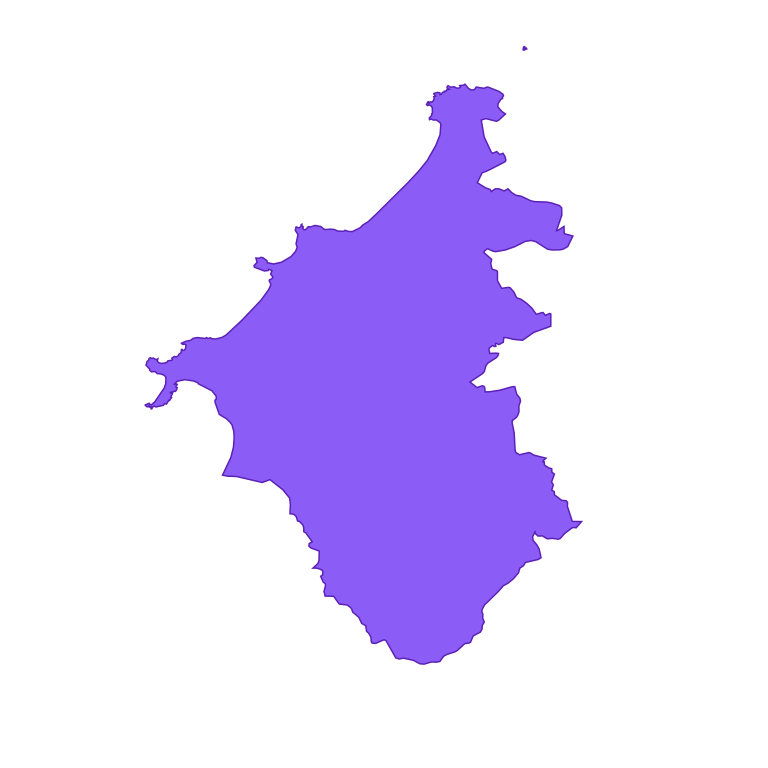 the district of Binh Son, Quảng Ngãi, Vietnam, rotated 253°
{"feature_id": "81297802B82760747397164", "entity_name": "Binh Son", "entity_type": "district", "adm_level": 2, "iso_a3": "VNM", "parent_name": "Vietnam", "parent_adm1": "Quảng Ngãi", "projection": "equal_earth", "projection_center": [108.804, 15.309], "detail": "fine", "context": "isolated", "style": "filled", "palette": "violet", "viewbox_px": 768, "rotation_deg": 253, "n_neighbors": 0, "source": "geoboundaries", "source_scale": "gbopen_adm2", "svg_char_len": 6172}
<svg xmlns="http://www.w3.org/2000/svg" viewBox="0 0 768 768"><g transform="rotate(253 384 384)"><path d="M606.7,579.1L610.4,576.2L616.0,573.9L618.8,575.1L622.1,579.0L622.3,580.8L623.5,581.0L624.6,582.5L626.3,582.5L630.0,579.7L637.3,570.6L637.8,569.5L637.6,566.0L641.0,559.0L639.2,556.8L639.3,554.5L639.9,553.1L642.2,551.1L647.0,549.1L646.5,547.4L647.3,543.6L645.6,544.0L645.1,542.9L645.3,541.3L646.0,539.6L647.8,538.0L648.3,534.6L650.5,532.5L650.2,531.6L648.7,530.8L646.8,532.6L646.9,530.1L646.0,529.1L646.3,527.2L645.6,527.1L645.7,525.1L644.3,523.6L644.5,522.2L646.0,522.6L647.2,520.4L647.3,516.8L646.8,516.4L644.3,517.6L644.2,515.5L642.4,515.5L640.4,513.9L639.5,512.0L640.4,510.7L639.3,509.5L639.8,508.5L640.9,508.9L640.9,508.3L638.7,506.3L637.4,507.3L638.0,508.0L636.8,510.0L634.3,511.0L628.6,509.4L628.4,508.5L626.8,508.1L625.2,505.1L623.5,504.8L623.6,506.5L621.9,508.5L621.3,511.1L617.8,513.9L615.7,514.3L606.0,510.5L596.8,503.1L584.9,490.5L577.2,479.0L569.5,465.7L548.9,426.6L543.8,416.2L542.4,410.6L540.4,406.9L539.0,398.2L540.3,394.6L542.4,391.6L541.8,390.0L543.7,384.7L546.3,381.5L547.6,378.6L549.1,372.3L553.1,369.6L555.8,364.4L555.7,359.7L556.6,357.6L554.5,354.0L554.8,352.9L556.5,351.6L557.9,352.8L559.5,351.8L560.8,352.2L560.5,351.3L559.1,350.8L558.3,349.1L558.3,348.0L559.9,345.9L557.0,344.1L552.0,345.4L543.8,340.9L540.0,340.9L536.8,338.3L533.0,332.3L530.4,321.5L531.1,313.4L534.2,307.8L536.2,308.1L540.3,305.0L541.1,303.3L540.7,301.7L541.9,298.3L537.4,298.2L535.3,294.4L533.6,294.2L527.1,302.6L526.4,306.3L527.3,307.4L525.2,310.0L522.1,307.7L518.9,309.0L517.4,307.6L517.2,305.0L516.1,304.3L513.7,304.9L511.5,304.5L507.9,301.2L500.1,290.9L486.7,267.1L476.9,247.1L475.9,242.3L476.3,236.1L477.7,232.4L478.9,231.7L479.0,228.9L480.3,227.9L479.9,226.3L483.0,219.0L483.5,215.0L482.3,211.7L482.8,206.8L482.2,202.2L480.8,202.9L480.4,205.1L479.4,206.0L476.3,204.9L474.7,202.9L474.9,201.5L476.2,201.0L476.2,200.4L473.3,199.0L472.5,196.8L471.0,195.2L470.7,193.0L471.7,191.5L470.7,188.6L469.4,188.8L468.7,188.1L469.3,184.1L468.2,182.5L468.2,180.1L468.9,176.7L470.3,174.8L472.1,173.9L474.2,175.1L473.8,173.4L476.3,170.8L476.4,169.2L477.4,168.3L477.1,166.8L475.6,165.8L474.8,164.0L471.6,161.9L467.0,164.1L465.2,164.1L463.6,165.3L462.8,168.8L460.2,170.2L459.1,173.2L456.9,176.1L454.8,177.3L452.3,176.9L448.1,175.3L444.4,172.6L433.8,159.4L432.3,155.7L432.6,154.3L434.3,153.7L433.7,149.5L432.0,150.2L431.2,151.5L431.8,152.9L430.5,152.9L430.4,154.6L428.4,154.0L428.1,154.6L429.8,156.3L430.0,158.0L428.7,159.2L428.1,166.9L429.4,168.5L428.4,170.1L431.4,173.5L430.9,174.1L433.2,176.9L433.9,176.3L436.9,179.0L438.0,177.1L438.5,177.4L438.1,180.5L438.5,181.3L437.9,182.3L438.9,183.8L441.1,185.2L441.5,184.3L442.6,184.3L444.1,186.2L445.0,185.2L444.7,183.9L445.2,183.4L447.1,187.1L446.3,194.9L442.6,202.8L439.5,206.5L438.6,206.4L427.9,217.4L421.6,219.9L418.7,219.3L417.9,217.6L415.9,217.1L403.1,217.6L396.8,223.2L392.6,225.5L389.3,226.7L382.4,226.5L376.2,224.9L367.5,221.5L358.7,216.2L344.0,202.9L341.5,207.7L338.7,215.9L325.4,238.8L325.9,247.0L312.2,256.5L302.4,260.4L296.3,259.3L287.4,256.1L286.3,258.9L284.9,260.3L282.7,261.3L278.2,261.3L277.3,263.0L272.9,265.2L269.8,265.2L266.2,264.1L264.3,265.8L254.0,269.2L253.3,265.8L250.9,264.8L248.7,266.0L243.2,273.2L234.1,270.2L231.6,268.2L228.7,262.3L227.9,265.0L226.1,268.2L224.0,270.4L222.1,270.6L219.5,269.6L218.6,267.2L212.3,268.0L210.2,269.5L208.2,269.1L203.3,266.0L198.4,265.7L195.7,273.8L186.6,276.9L183.5,284.1L180.3,286.5L178.5,287.3L174.9,287.4L168.3,291.7L161.5,292.7L158.2,295.9L152.7,295.0L149.9,296.6L145.7,297.5L141.4,296.5L139.6,297.0L138.4,300.1L139.4,309.4L137.9,310.9L118.7,315.2L116.6,318.1L116.1,322.5L111.1,331.4L105.9,336.6L104.4,340.5L104.3,348.2L102.7,352.8L102.3,356.3L106.3,361.5L107.0,365.4L107.1,373.5L107.8,376.4L112.1,385.3L111.4,389.9L111.8,391.3L117.0,395.6L118.6,403.7L121.1,406.2L124.3,407.3L127.0,410.3L131.1,409.9L135.0,411.3L137.6,411.0L139.8,412.0L143.3,415.5L152.4,433.1L156.2,439.1L157.3,444.5L159.9,450.8L164.1,457.4L168.2,460.1L169.4,464.2L172.0,467.1L171.1,480.3L172.0,483.4L180.8,484.1L185.4,483.2L190.9,480.8L194.7,481.6L198.4,485.2L196.1,485.3L193.5,486.9L192.5,491.0L188.2,494.9L187.2,499.8L184.6,505.4L184.8,507.5L188.2,513.0L191.4,521.6L191.3,523.6L190.3,525.7L194.7,532.7L197.5,523.9L213.4,523.6L217.1,524.9L219.1,524.1L220.8,519.9L228.2,514.6L231.4,515.3L233.5,513.4L238.0,516.4L241.3,515.6L248.0,520.6L250.6,518.8L254.0,519.6L255.4,517.3L259.3,513.8L262.9,514.4L263.2,513.2L264.1,513.7L265.7,517.2L272.3,506.3L275.1,504.0L276.1,502.4L276.7,492.9L280.0,490.0L283.1,490.2L299.2,494.2L309.4,495.2L311.6,496.1L313.3,500.8L314.8,502.6L317.8,504.9L323.8,506.7L327.6,509.5L330.7,509.8L335.6,507.9L343.2,508.3L343.9,506.1L344.2,492.9L345.7,482.7L346.9,478.4L351.6,479.3L352.7,478.8L353.6,477.3L353.4,471.9L360.8,466.8L365.1,481.2L366.5,483.5L371.8,486.9L373.6,489.4L376.3,498.9L377.5,501.0L379.7,502.5L380.8,500.1L382.3,494.1L386.6,494.5L387.8,495.5L389.0,499.1L387.6,500.6L387.3,501.9L390.2,502.5L389.9,503.6L388.1,505.4L389.0,510.2L393.4,512.2L392.1,515.5L388.9,520.7L385.3,529.3L389.6,542.4L390.5,560.4L402.2,564.0L403.0,563.1L402.5,558.3L405.7,557.1L406.1,556.2L406.1,550.0L413.3,547.6L419.2,544.2L425.0,539.8L427.2,536.6L428.4,535.9L434.0,535.1L439.1,532.8L440.0,531.4L441.1,524.5L449.5,522.7L457.8,525.2L459.4,525.0L462.2,520.9L468.0,521.3L471.7,523.4L480.6,517.9L482.0,519.3L483.2,522.5L478.9,527.4L477.9,529.7L476.7,539.1L477.1,549.4L479.1,560.8L478.2,566.7L475.8,570.7L465.1,579.8L463.0,584.0L460.8,591.8L460.6,594.8L461.7,599.9L470.3,607.9L475.1,600.3L482.1,602.2L480.3,596.1L480.2,593.8L493.5,603.4L500.5,605.4L503.3,604.0L508.1,597.2L510.5,592.6L514.3,581.5L516.3,577.9L523.5,570.0L526.1,565.1L529.9,561.9L534.4,559.7L533.5,555.4L537.2,550.8L538.1,547.4L536.7,542.9L539.1,542.3L541.9,538.4L549.2,532.1L557.2,539.5L557.7,545.6L560.8,563.0L561.2,564.9L562.5,566.0L566.2,566.2L569.8,565.3L569.7,561.7L573.3,559.8L572.9,555.1L574.9,554.3L590.9,552.0L608.0,554.2L608.0,559.0L602.4,568.3L602.7,570.7L606.7,579.1ZM665.3,615.9L662.9,614.7L662.4,615.4L662.7,618.5L663.6,618.4L663.8,616.9L665.2,617.3L665.7,616.7L665.3,615.9Z" fill="#8b5cf6" stroke="#5b21b6" stroke-width="1.5"/></g></svg>